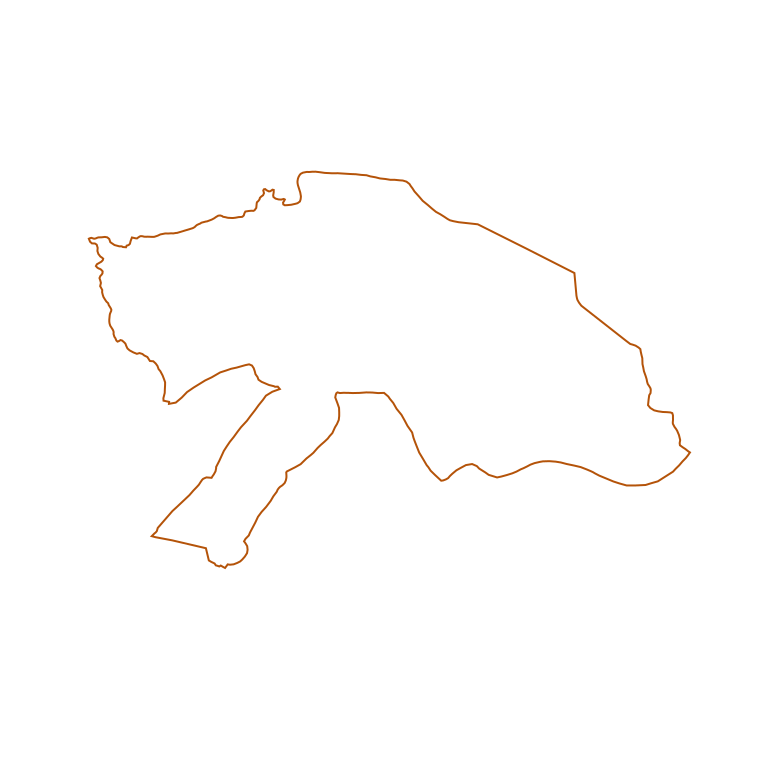 Chol Kiri, Kâmpóng Chhnang, Cambodia, rotated 278°
{"feature_id": "14789045B95522882738357", "entity_name": "Chol Kiri", "entity_type": "district", "adm_level": 2, "iso_a3": "KHM", "parent_name": "Cambodia", "parent_adm1": "Kâmpóng Chhnang", "projection": "mercator", "projection_center": [104.817, 12.155], "detail": "fine", "context": "isolated", "style": "outline", "palette": "amber", "viewbox_px": 768, "rotation_deg": 278, "n_neighbors": 0, "source": "geoboundaries", "source_scale": "gbopen_adm2", "svg_char_len": 6120}
<svg xmlns="http://www.w3.org/2000/svg" viewBox="0 0 768 768"><g transform="rotate(278 384 384)"><path d="M526.9,205.6L527.1,204.0L527.2,201.4L527.8,200.2L528.1,198.3L527.6,196.4L526.0,194.4L524.4,192.7L522.8,190.5L520.4,186.1L520.1,185.0L518.3,180.7L517.4,179.8L516.7,178.6L515.5,176.7L514.2,175.5L513.2,174.8L512.1,173.5L511.5,172.5L504.8,158.0L504.6,156.9L503.8,154.4L503.6,152.3L503.0,149.4L502.6,146.3L501.0,141.7L499.4,139.3L497.8,136.1L497.5,134.6L497.0,129.5L496.7,128.0L496.5,125.9L496.7,124.5L496.6,122.6L496.1,121.6L494.8,120.1L493.8,119.2L493.7,117.9L494.0,114.0L490.4,113.2L487.5,112.9L486.0,111.7L485.2,109.9L483.5,109.5L483.3,106.3L483.8,105.2L483.7,104.1L483.5,102.7L484.1,97.8L486.3,93.3L489.4,91.7L490.7,89.6L490.8,87.1L490.0,84.1L489.4,80.7L488.8,79.5L488.0,78.2L487.5,76.7L488.0,73.9L487.6,72.8L486.8,71.5L484.0,73.1L482.6,75.2L482.9,78.2L482.0,80.1L479.0,81.5L475.8,81.7L473.1,83.0L470.8,85.3L469.7,87.5L469.0,88.5L467.5,88.3L465.8,87.1L462.6,83.0L460.7,82.3L459.4,83.8L458.7,85.3L458.5,86.5L457.9,87.9L456.4,89.7L454.3,89.8L452.9,89.1L451.5,88.1L449.3,87.5L446.9,88.7L444.7,89.6L441.4,89.3L437.9,91.9L435.6,92.1L433.1,93.1L431.1,94.1L428.9,95.9L427.0,97.6L425.6,99.6L423.9,100.4L421.3,102.6L419.8,103.6L418.5,103.7L415.5,102.9L414.2,102.8L411.7,102.9L409.5,103.0L407.5,103.3L405.7,103.8L403.6,104.8L400.0,107.9L398.5,108.8L397.4,109.1L395.9,109.2L393.3,110.4L392.0,111.6L389.8,112.9L388.9,114.2L389.5,115.4L390.8,116.9L390.6,118.6L389.1,120.9L388.0,122.3L385.8,123.5L383.5,125.0L381.9,127.4L380.4,131.4L379.5,135.1L380.6,137.6L380.1,140.6L378.9,142.6L377.8,145.9L374.2,149.0L374.4,152.4L372.5,155.1L370.3,157.2L367.4,158.7L365.6,160.7L361.6,163.6L357.8,165.7L355.2,167.0L352.1,167.4L348.5,167.7L344.6,168.1L339.2,167.5L336.8,168.0L336.4,173.7L334.4,173.8L336.6,180.4L342.4,185.6L348.6,190.1L354.0,196.0L362.7,206.5L366.6,212.4L372.7,220.2L375.3,225.6L377.8,230.5L379.7,235.7L383.4,244.1L384.7,247.7L383.9,250.7L381.5,252.8L378.5,254.3L375.8,255.4L373.3,257.8L370.8,259.1L369.1,262.5L367.0,270.3L366.5,275.3L366.1,276.4L366.6,279.2L364.5,281.5L360.8,274.5L356.0,268.7L351.4,266.3L345.6,262.8L340.1,259.9L333.3,256.0L328.5,253.4L321.3,248.4L316.7,245.8L310.5,242.5L305.3,239.4L300.2,236.9L295.4,234.7L285.0,231.6L278.4,229.3L277.1,229.5L274.1,229.3L270.7,228.0L268.8,227.0L267.1,226.3L266.8,221.2L266.0,219.8L264.9,218.1L263.7,217.2L261.1,215.9L258.5,214.7L256.0,213.0L252.0,210.1L246.9,206.8L233.4,196.0L228.8,192.2L210.0,180.0L206.7,179.5L205.1,178.5L204.1,177.5L201.0,175.2L200.5,179.0L199.7,196.0L196.6,230.5L184.9,235.1L183.8,237.7L182.7,241.2L181.0,242.7L180.8,244.3L180.4,246.3L181.5,247.6L180.3,250.5L179.7,252.2L182.6,253.8L183.6,254.3L183.6,256.6L184.5,260.2L186.4,263.6L188.3,266.3L190.5,268.1L193.7,270.2L197.4,271.9L200.8,272.0L204.4,271.1L207.1,268.9L208.7,267.3L211.4,268.4L215.2,271.2L218.3,272.0L228.8,275.8L235.0,277.7L240.3,280.6L245.9,284.4L252.6,288.1L257.3,290.0L262.4,292.8L264.6,293.4L266.4,294.4L267.7,295.4L269.6,297.5L272.1,299.4L274.8,300.2L277.5,300.4L279.4,300.2L282.9,299.5L283.9,300.0L289.2,307.6L293.0,312.6L299.5,317.6L303.6,321.5L306.0,323.6L311.5,327.2L314.8,329.8L318.6,333.1L322.1,335.9L324.8,337.4L328.2,339.7L334.3,341.5L337.8,343.0L342.1,344.2L346.0,344.1L349.6,343.6L354.1,342.8L358.4,340.6L363.9,337.6L366.3,337.7L368.2,338.1L369.2,339.1L368.9,341.6L369.6,344.9L370.2,349.4L370.7,354.4L371.8,361.1L373.2,367.6L373.9,373.4L374.2,379.5L375.2,385.3L372.2,390.0L370.2,391.8L366.5,395.8L361.2,399.9L355.9,405.6L350.9,409.4L345.8,413.1L339.9,418.6L334.8,420.7L331.4,422.5L327.3,424.8L321.0,428.4L315.2,433.1L309.5,437.6L307.9,439.4L304.6,442.3L301.0,447.2L296.2,454.1L296.7,455.9L298.1,458.5L299.7,460.6L302.1,462.1L304.6,464.1L308.6,467.7L311.5,471.5L315.1,476.4L317.0,482.4L315.6,487.4L313.5,490.0L310.5,496.7L308.6,500.3L307.2,509.0L308.7,513.1L310.9,518.2L313.4,523.5L315.7,527.4L318.6,531.4L320.0,533.8L322.3,537.2L324.5,540.2L326.6,544.1L328.6,549.3L329.5,552.1L330.6,558.5L331.0,564.8L330.9,570.0L330.2,576.0L329.7,583.6L329.1,590.3L327.5,597.1L326.5,600.8L325.8,603.1L324.8,605.5L323.2,610.0L321.3,617.4L319.4,624.7L318.3,630.9L317.3,638.3L318.5,647.0L320.4,657.1L323.0,662.6L325.7,668.7L337.4,682.4L340.6,684.6L344.5,687.6L348.9,690.4L352.7,693.2L355.8,695.0L358.8,696.5L359.6,694.8L360.3,693.6L361.6,691.4L362.8,688.8L364.5,685.6L366.6,685.0L369.7,685.1L374.5,683.2L378.5,680.8L380.2,679.4L381.9,677.7L384.8,675.6L386.3,675.3L388.7,675.2L390.5,674.9L393.2,674.5L395.3,673.5L395.7,671.6L395.5,668.1L395.1,664.0L395.1,659.3L395.5,655.2L397.3,651.1L399.8,648.4L405.4,648.2L409.8,648.2L412.1,649.2L415.3,649.0L416.8,648.5L418.7,647.0L420.7,645.2L422.9,644.2L425.3,643.4L428.1,642.1L432.9,639.6L436.5,638.4L439.7,637.2L445.5,636.2L448.7,634.9L451.9,633.7L454.2,633.0L455.5,631.1L457.0,627.8L457.6,624.7L457.9,622.3L460.3,618.0L489.0,568.5L491.7,565.8L494.3,563.8L495.9,563.1L498.2,562.3L520.4,557.1L537.9,506.1L555.2,454.6L554.6,435.5L554.9,429.9L555.3,426.5L556.3,423.9L558.0,420.4L559.9,416.2L561.7,411.5L564.3,407.2L567.3,402.6L570.8,396.8L574.6,392.5L578.9,387.4L581.8,384.9L583.8,382.9L585.6,381.4L587.5,378.1L588.1,374.3L587.9,371.5L587.7,366.4L587.1,361.7L587.2,357.0L587.0,351.4L587.5,346.9L587.7,341.5L588.3,337.6L587.9,332.3L587.8,326.9L587.3,322.0L586.3,309.0L585.4,302.7L584.8,295.9L584.8,290.6L584.7,286.6L584.3,283.8L583.5,280.3L583.3,278.1L582.0,274.3L580.5,272.2L579.0,271.3L577.2,270.6L575.4,270.2L572.8,270.1L571.0,270.4L568.9,271.1L564.5,273.2L562.0,274.4L558.3,275.6L556.9,275.7L555.1,275.7L553.0,275.3L551.0,273.2L550.2,271.4L548.6,267.2L547.7,263.5L547.2,260.9L547.8,259.3L549.6,258.8L551.6,259.7L552.9,260.1L553.3,259.0L552.3,256.5L552.1,253.9L552.5,250.8L553.8,248.5L555.4,248.0L558.3,248.1L560.8,247.8L560.9,246.5L560.1,245.7L559.1,244.6L558.7,243.2L559.5,240.8L560.5,239.2L560.1,238.0L558.9,237.5L556.3,238.6L554.1,238.0L552.4,236.2L551.0,235.2L549.4,235.0L547.6,234.0L546.3,232.9L545.2,232.8L540.6,233.0L538.0,231.6L537.3,230.6L537.1,228.5L536.5,226.0L535.5,222.7L533.5,222.0L531.4,221.7L529.9,220.5L529.5,219.2L529.1,217.0L528.0,213.8L527.3,211.1L526.9,206.9L526.9,205.6Z" fill="none" stroke="#b45309" stroke-width="2"/></g></svg>